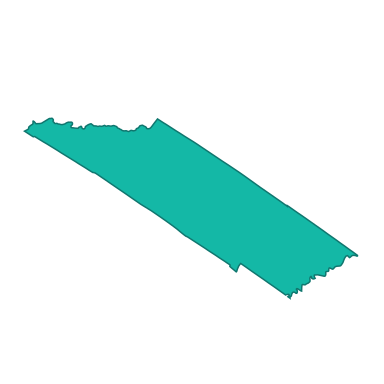 the State of Tennessee, rotated 213°
{"feature_id": "USA-3551", "entity_name": "Tennessee", "entity_type": "State", "adm_level": 1, "iso_a3": "USA", "parent_name": "United States of America", "parent_adm1": "", "projection": "albers", "projection_center": [-85.336, 35.837], "detail": "fine", "context": "isolated", "style": "filled", "palette": "teal", "viewbox_px": 384, "rotation_deg": 213, "n_neighbors": 0, "source": "natural_earth", "source_scale": "10m", "svg_char_len": 5773}
<svg xmlns="http://www.w3.org/2000/svg" viewBox="0 0 384 384"><g transform="rotate(213 192 192)"><path d="M46.2,186.0L46.5,185.0L46.0,183.5L45.0,182.4L44.3,181.1L44.4,180.7L44.8,179.1L46.1,177.1L46.3,176.2L46.6,175.8L47.3,175.3L48.1,175.0L48.7,174.8L49.1,173.9L48.1,171.9L46.1,168.6L46.8,168.4L50.6,168.4L51.0,168.3L51.5,168.0L51.6,167.5L51.3,167.1L50.3,166.8L49.5,166.0L49.0,165.0L49.0,164.1L49.7,163.7L50.8,163.8L51.7,163.7L52.5,163.2L52.9,162.2L52.8,161.0L52.1,159.0L52.2,158.2L52.5,157.3L52.2,156.5L52.0,156.3L54.6,156.4L54.5,156.8L54.1,157.8L54.1,158.5L55.1,158.8L55.6,158.6L56.3,158.0L57.3,156.9L57.4,156.6L64.2,156.9L71.1,157.2L78.0,157.4L84.8,157.7L91.7,157.9L98.5,158.1L105.4,158.4L112.2,158.6L112.4,157.4L112.5,155.6L112.4,154.8L112.0,152.3L111.3,149.9L111.3,149.4L111.3,149.2L111.5,149.1L113.7,149.4L117.2,149.8L119.4,150.1L119.7,150.2L119.9,150.5L120.1,151.2L120.3,151.4L120.5,151.6L122.4,151.6L122.9,151.6L124.4,151.6L126.7,151.7L129.8,151.7L133.4,151.7L137.4,151.8L141.7,151.8L146.1,151.8L150.5,151.9L154.8,151.9L158.8,151.9L162.4,151.9L165.4,151.9L167.8,151.9L169.3,151.9L169.8,151.9L171.5,151.9L173.0,151.6L173.3,151.6L175.0,151.7L177.1,151.9L179.8,152.2L184.8,152.8L190.8,153.2L198.7,153.6L207.9,153.9L216.2,154.1L228.3,153.8L238.2,154.1L247.8,154.4L256.8,154.6L264.9,154.8L271.7,155.0L277.0,155.1L280.4,155.2L281.6,155.2L283.5,155.2L284.9,154.8L285.9,154.3L290.1,154.2L294.2,154.2L298.3,154.1L302.5,154.0L306.6,154.0L310.7,153.9L314.9,153.8L319.0,153.7L323.1,153.6L327.3,153.6L331.4,153.5L335.5,153.4L339.7,153.3L343.8,153.1L347.9,153.0L352.1,152.9L354.0,152.9L354.3,152.7L355.1,151.9L355.5,151.8L355.8,151.8L358.5,151.8L361.9,151.8L365.6,151.8L363.8,155.0L363.5,156.0L364.2,157.4L364.2,157.9L363.7,159.7L362.7,161.8L362.6,162.3L362.6,162.6L362.7,162.8L363.1,163.7L363.7,164.4L363.8,164.6L363.9,164.9L363.8,165.0L363.6,165.1L362.4,165.0L360.2,164.3L359.9,164.4L356.8,166.6L355.8,167.6L355.6,167.8L351.9,175.5L351.6,176.0L351.2,176.3L350.8,176.5L350.2,177.1L349.8,177.4L349.5,177.6L349.2,177.6L348.9,177.5L348.3,177.4L348.0,177.3L347.8,177.1L347.6,177.0L347.4,176.8L347.4,176.6L347.3,176.4L347.3,176.1L347.2,175.9L347.1,175.7L346.8,175.4L346.6,175.3L346.3,175.3L345.8,175.2L345.5,175.2L345.3,175.1L344.9,174.8L344.7,174.8L344.3,174.8L343.9,175.0L342.7,176.0L341.6,176.1L341.3,176.1L340.3,176.7L338.9,177.1L338.5,177.3L337.9,177.6L337.2,178.2L335.8,179.7L335.5,180.3L335.0,181.5L334.8,181.8L334.1,182.8L333.8,183.1L333.6,183.3L333.4,183.5L333.2,183.5L331.4,184.8L331.0,184.9L330.8,185.0L330.5,185.0L330.3,184.9L330.0,184.8L329.8,184.7L329.7,184.5L329.5,184.3L329.4,184.1L329.1,183.5L329.1,183.2L329.1,182.9L329.2,182.5L329.4,181.9L329.5,181.7L329.4,181.5L329.4,181.4L328.7,180.5L328.5,180.3L328.2,180.3L327.9,180.4L326.0,181.4L325.0,181.8L322.3,183.3L322.2,183.5L322.2,184.4L322.1,184.7L322.0,184.9L321.5,185.4L321.4,185.8L321.3,186.1L321.0,186.5L320.8,186.7L320.5,186.7L320.3,186.7L319.9,186.3L319.3,185.9L318.8,185.7L318.5,185.6L318.1,185.6L317.4,185.8L317.1,185.9L316.9,186.2L316.8,186.4L316.7,186.6L316.6,186.9L316.6,187.1L316.6,187.4L316.6,187.7L316.7,187.9L317.0,188.7L317.0,189.0L316.9,189.3L316.5,189.8L316.4,190.1L316.3,190.6L316.2,190.8L316.0,191.3L315.1,192.8L314.1,194.0L313.8,194.2L313.5,194.3L312.9,194.2L311.3,194.1L310.8,193.9L310.6,194.0L310.4,194.0L308.3,195.2L306.9,195.6L306.6,195.8L306.3,196.0L305.4,197.0L305.0,197.2L304.0,197.6L303.7,197.8L303.4,198.0L302.5,199.0L301.7,200.2L301.4,200.3L301.1,200.3L300.8,200.3L300.5,200.2L300.0,200.3L299.7,200.5L299.1,201.1L298.7,201.6L298.2,202.0L296.0,203.0L295.7,203.2L295.4,203.5L295.0,204.0L294.1,204.9L293.8,205.1L293.6,205.2L290.9,205.8L290.7,205.8L290.4,205.7L290.2,205.6L290.0,205.4L289.8,205.3L289.5,205.2L289.1,205.2L288.3,205.4L287.9,205.5L287.5,205.5L287.3,205.5L287.0,205.4L286.8,205.4L286.5,205.5L286.1,205.6L285.8,205.7L284.4,205.6L284.1,205.6L283.3,205.8L282.5,206.1L281.6,206.7L281.0,207.2L280.6,207.5L280.3,207.6L279.0,207.9L278.3,208.1L278.0,208.4L277.7,208.6L277.1,209.9L276.9,210.2L276.6,210.5L276.3,210.7L274.6,211.3L274.3,211.5L274.0,211.8L273.1,212.8L273.0,213.0L272.9,213.2L272.9,213.4L272.9,213.6L273.0,214.2L273.1,214.4L273.0,214.7L273.0,215.0L272.8,215.2L272.1,216.3L272.0,216.5L271.9,217.0L271.8,217.3L271.8,218.9L271.6,219.3L271.3,219.7L270.5,220.5L270.1,220.9L269.8,221.0L269.7,221.1L268.6,221.1L266.5,221.4L265.9,221.3L265.6,221.3L265.4,221.2L265.2,221.1L264.9,220.7L264.7,220.7L264.3,220.6L263.7,220.9L263.4,221.0L263.1,221.2L262.4,221.9L262.0,222.5L261.7,223.0L261.6,223.6L261.4,225.3L261.3,227.1L261.1,229.9L260.9,232.2L260.7,234.5L257.1,234.5L253.3,234.5L250.5,234.6L248.8,234.6L243.7,234.6L238.6,234.6L233.5,234.7L228.5,234.7L223.4,234.8L218.3,234.9L213.2,234.9L208.8,234.8L201.7,234.7L195.2,234.6L189.0,234.5L182.6,234.4L176.2,234.4L169.8,234.3L163.5,234.2L157.1,234.0L150.7,233.7L144.3,233.4L138.0,233.1L131.6,232.9L125.2,232.7L119.0,232.5L112.7,232.3L106.3,232.0L104.9,232.0L104.4,231.9L104.7,232.5L104.3,232.5L102.8,232.5L97.6,232.3L92.3,232.1L87.1,232.0L81.8,231.8L76.5,231.6L71.3,231.4L66.0,231.2L60.8,231.0L55.5,230.7L50.3,230.5L45.0,230.3L39.7,230.0L34.5,229.8L29.2,229.5L24.0,229.3L18.7,229.0L18.4,228.4L18.9,228.0L19.6,227.9L20.6,227.6L22.1,226.8L22.8,226.2L23.2,225.5L23.5,224.6L23.7,223.7L24.1,222.8L25.1,222.9L26.2,223.2L27.0,223.3L27.9,222.1L28.0,220.1L27.7,218.0L27.1,215.5L27.0,214.5L27.0,212.3L27.2,211.1L27.8,210.4L30.0,208.7L30.7,208.0L31.2,207.2L31.4,206.4L31.5,205.2L31.7,204.3L32.2,203.8L33.2,203.6L34.2,203.5L35.2,203.3L35.6,202.7L35.1,201.5L34.5,200.5L34.4,200.0L34.7,199.5L35.4,199.0L36.1,198.2L36.2,197.6L35.1,196.1L34.6,194.9L34.6,194.0L35.2,193.4L41.5,191.0L44.1,189.0L43.8,188.1L42.7,187.2L41.7,186.7L42.2,185.8L42.8,185.2L43.5,184.9L44.4,184.8L45.6,185.8L46.2,186.0Z" fill="#14b8a6" stroke="#0f766e" stroke-width="1.5"/></g></svg>